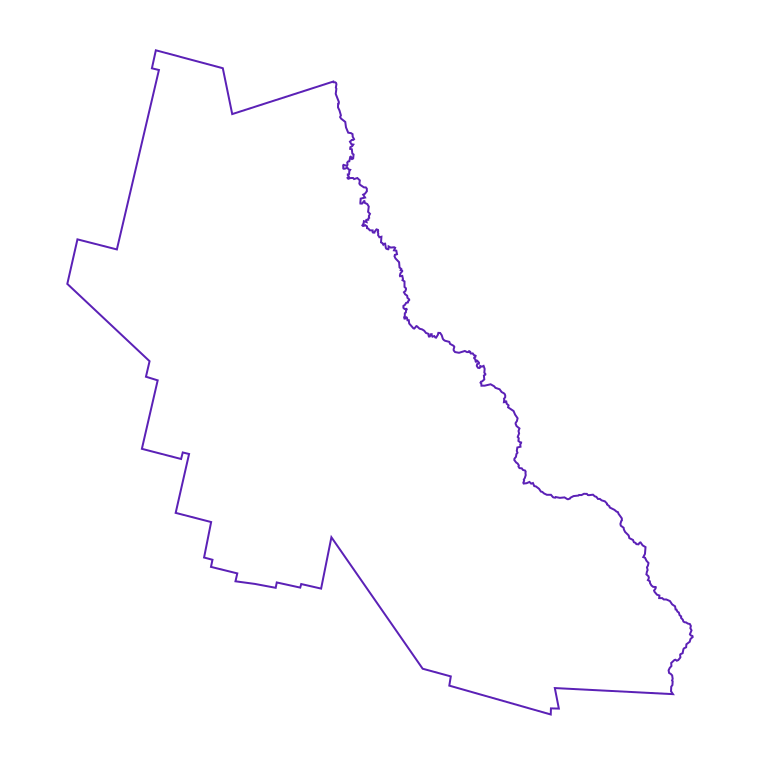 Sarmiento, Santiago del Estero, Argentina, rotated 3°
{"feature_id": "61730980B44188734520902", "entity_name": "Sarmiento", "entity_type": "district", "adm_level": 2, "iso_a3": "ARG", "parent_name": "Argentina", "parent_adm1": "Santiago del Estero", "projection": "natural_earth1", "projection_center": [-63.319, -28.083], "detail": "fine", "context": "isolated", "style": "outline", "palette": "violet", "viewbox_px": 768, "rotation_deg": 3, "n_neighbors": 0, "source": "geoboundaries", "source_scale": "gbopen_adm2", "svg_char_len": 6150}
<svg xmlns="http://www.w3.org/2000/svg" viewBox="0 0 768 768"><g transform="rotate(3 384 384)"><path d="M687.8,665.7L687.2,665.1L687.7,663.3L687.0,659.9L685.5,658.5L683.8,657.6L683.2,655.0L684.2,652.6L685.8,650.6L685.4,647.6L688.5,644.4L689.5,644.1L690.9,645.0L692.3,644.3L693.8,642.3L694.3,641.4L693.9,639.0L694.2,638.3L696.3,637.2L696.9,633.1L697.4,632.3L699.5,631.1L699.6,628.1L702.8,625.4L703.4,622.6L705.5,620.5L705.2,619.5L703.4,618.9L702.6,617.9L704.0,613.9L702.7,611.8L703.1,609.6L702.0,607.7L699.8,607.3L698.2,606.3L696.6,606.2L695.4,605.5L694.7,603.7L692.9,602.0L692.9,600.5L691.3,599.4L690.4,596.8L688.9,595.9L687.9,594.0L687.0,593.9L686.3,590.8L683.3,589.0L680.9,585.8L677.2,584.4L674.6,584.5L673.1,583.3L670.0,583.4L670.1,580.8L667.6,580.1L665.0,577.3L664.5,576.1L665.6,574.5L666.1,573.2L665.9,572.5L663.4,572.5L661.6,571.2L660.1,568.9L659.8,567.1L657.8,566.0L658.4,564.9L658.6,563.4L658.1,562.1L656.0,560.4L656.4,557.6L657.0,556.0L656.2,553.3L657.1,551.5L657.5,548.9L655.3,546.7L653.8,543.9L652.0,543.3L653.5,540.0L653.7,533.2L650.7,531.6L648.5,528.8L647.6,529.1L646.5,530.8L644.4,530.7L643.5,529.5L641.8,528.9L640.8,526.7L637.1,525.1L636.2,522.4L632.5,519.1L631.2,516.8L630.8,515.0L627.9,513.1L627.4,511.4L628.1,508.4L628.7,507.8L628.5,505.7L624.9,501.2L624.4,499.8L622.8,499.2L620.7,497.6L615.9,495.5L615.5,494.3L613.0,492.6L613.0,491.8L610.7,489.6L607.4,488.8L605.6,487.5L603.7,487.6L602.0,485.6L600.3,485.1L598.5,483.6L594.4,484.3L593.4,484.2L592.3,483.1L589.4,483.2L587.0,484.6L584.6,484.6L584.1,485.2L579.2,486.0L576.1,487.8L575.8,488.6L574.0,489.4L573.2,489.4L570.2,487.8L565.6,488.5L561.4,487.9L561.1,488.5L559.8,488.5L558.7,488.2L556.5,485.9L552.4,486.1L549.5,484.9L547.8,483.5L546.3,483.2L544.3,480.5L541.0,478.3L539.4,478.1L537.9,475.1L536.2,475.8L534.4,474.2L531.6,475.6L528.7,476.1L528.3,475.4L529.0,473.2L528.6,472.3L529.6,470.3L530.3,467.6L529.9,465.3L530.1,464.3L529.5,463.1L527.2,462.5L526.0,461.0L523.7,460.9L522.6,459.4L522.9,458.2L521.6,456.4L520.1,455.5L518.1,453.1L518.2,451.7L519.6,449.8L519.9,447.0L520.9,445.7L520.1,443.8L520.5,440.4L523.6,439.5L523.2,437.2L524.0,435.7L524.0,435.2L522.8,435.0L521.2,433.8L521.4,431.1L520.3,429.9L521.5,426.3L520.8,423.9L521.6,421.3L518.6,419.1L517.5,416.9L517.5,416.0L518.7,414.0L519.2,411.2L516.5,407.7L514.8,404.2L509.1,400.8L509.5,398.8L507.5,397.2L507.0,395.0L505.9,394.9L505.7,395.7L504.7,395.9L504.9,393.4L504.6,392.5L505.7,390.9L505.7,389.3L505.2,387.9L504.1,386.9L501.9,385.9L499.7,383.2L495.5,382.0L494.1,380.5L490.5,378.7L484.6,380.4L481.4,380.6L481.1,378.5L480.3,377.7L480.8,376.6L481.8,376.3L483.9,374.2L483.3,370.3L484.7,369.3L484.7,368.7L483.6,367.4L483.7,363.6L482.5,360.7L480.8,361.6L479.2,361.0L479.0,362.6L478.3,363.1L476.9,362.8L475.7,361.0L476.0,359.3L477.7,358.6L477.7,357.7L475.9,355.9L475.2,356.2L475.2,356.8L474.5,356.9L474.1,356.0L474.3,355.1L472.7,353.5L472.7,352.8L473.8,352.2L474.0,351.0L472.2,350.3L471.0,348.8L469.1,349.0L468.6,348.4L468.5,347.5L467.6,346.8L467.1,346.9L467.1,347.6L465.3,347.8L463.0,346.8L457.3,348.9L453.3,348.4L451.9,346.9L451.7,345.7L452.3,343.3L451.5,342.2L447.9,340.5L447.0,338.5L442.6,337.6L441.3,336.8L440.4,335.8L439.1,332.3L437.4,330.1L435.6,330.1L435.2,332.1L433.6,335.0L432.9,334.9L431.7,333.5L429.9,334.2L429.0,332.6L429.0,331.8L428.3,331.8L427.3,334.1L426.5,334.3L426.0,333.5L425.8,331.6L423.2,330.8L421.4,328.7L419.3,327.5L416.6,326.9L414.0,324.7L413.3,324.5L411.4,327.0L410.5,326.9L406.0,322.3L405.4,319.0L404.1,319.1L403.5,316.8L403.0,316.2L402.3,316.3L401.6,317.6L401.0,317.6L400.6,316.3L401.2,315.1L401.1,312.3L402.1,311.3L402.1,309.5L402.8,308.3L402.5,307.8L400.6,308.0L399.9,307.4L399.4,306.9L399.3,305.0L400.8,303.8L401.8,301.9L403.6,301.3L403.6,300.4L404.8,298.8L404.7,298.2L402.9,296.7L402.5,294.6L400.4,293.3L399.1,291.3L400.5,290.0L401.0,288.4L400.9,287.3L399.4,286.0L399.1,280.5L397.0,279.3L397.5,278.3L396.6,275.1L394.4,275.5L394.2,274.8L394.6,272.7L396.3,270.4L396.2,269.8L394.7,269.4L395.2,268.2L393.4,266.8L392.7,261.6L388.9,258.0L387.8,255.9L388.1,254.5L390.2,253.7L389.3,250.2L387.0,250.0L388.0,247.4L387.0,246.9L383.6,247.4L381.4,246.4L381.4,249.0L381.1,249.3L379.3,248.8L378.7,248.0L377.8,243.8L376.7,244.0L376.0,244.9L375.0,243.4L373.6,242.7L373.7,237.1L371.7,237.7L370.3,235.6L370.4,234.0L369.8,232.5L370.2,231.6L369.9,230.4L368.4,230.0L366.6,232.6L366.5,233.3L365.2,233.4L364.7,232.9L364.6,231.2L361.8,231.3L360.2,229.6L358.9,229.3L358.8,227.5L356.8,226.3L356.5,226.8L354.8,227.3L354.1,226.8L355.2,224.7L355.4,222.5L358.1,223.2L357.6,221.6L357.8,221.0L359.7,220.8L359.7,219.5L360.5,218.9L360.1,217.0L361.1,214.8L359.1,212.9L359.5,207.6L357.9,205.2L355.1,204.0L355.0,202.5L354.6,202.3L352.6,205.0L351.0,205.0L350.9,204.3L351.0,200.1L355.3,198.8L353.3,196.0L355.0,195.0L356.8,192.4L356.6,189.8L355.5,188.6L353.7,188.7L349.8,186.4L348.9,185.2L349.2,181.9L346.6,179.7L343.4,180.9L342.3,179.9L339.5,180.1L337.8,180.9L337.0,180.6L336.8,180.0L338.0,179.3L338.0,178.7L336.9,177.3L336.9,176.7L337.7,176.8L338.2,176.1L338.2,173.4L339.0,171.9L337.5,171.6L335.9,169.7L334.6,170.7L332.7,171.2L332.1,170.9L331.8,167.8L332.1,167.3L335.5,168.1L336.1,167.0L335.7,164.7L336.6,163.6L337.7,163.4L338.4,159.0L338.9,158.7L339.5,159.4L339.6,160.8L340.2,161.1L341.4,160.4L341.6,156.4L340.3,155.5L339.6,151.3L337.9,151.0L338.0,149.3L339.9,148.0L340.8,146.5L338.9,146.2L337.3,143.8L339.1,142.0L340.6,141.8L341.3,141.1L339.8,138.7L339.5,136.1L337.9,135.2L335.1,134.9L332.6,129.7L331.6,124.3L327.2,121.2L326.2,119.7L326.9,118.0L325.2,113.1L323.6,110.2L323.5,106.5L324.1,106.4L324.2,104.8L320.6,96.8L321.0,91.6L320.4,90.6L320.8,87.2L320.4,85.9L319.6,85.3L317.8,85.3L317.6,84.6L218.3,122.4L206.5,77.1L138.7,62.7L135.7,80.9L142.8,82.2L110.2,263.6L70.3,255.6L62.5,300.6L148.7,373.5L145.9,389.2L157.8,392.2L145.6,461.4L185.3,469.5L186.6,462.9L193.0,464.1L182.7,523.6L218.6,530.9L213.4,566.7L221.9,568.5L220.8,575.7L247.4,580.8L246.0,588.8L265.5,590.4L286.5,593.2L287.3,587.8L311.0,591.7L311.8,588.1L331.9,591.6L339.5,539.8L437.5,666.3L466.0,672.5L465.0,681.8L567.8,705.3L567.7,699.2L575.6,699.0L570.5,678.7L688.8,678.6L686.7,675.8L686.7,671.2L687.8,669.5L687.8,665.7Z" fill="none" stroke="#5b21b6" stroke-width="2"/></g></svg>